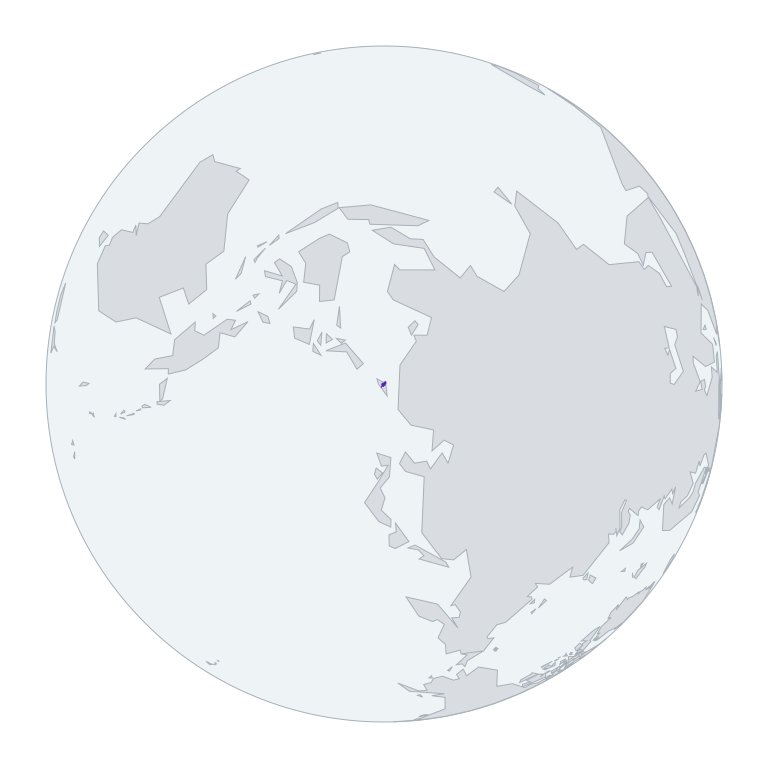 the Earth from above Chiayi, rotated 138°
{"feature_id": "TWN-1170", "entity_name": "Chiayi", "entity_type": "County", "adm_level": 1, "iso_a3": "TWN", "parent_name": "Taiwan", "parent_adm1": "", "projection": "orthographic", "projection_center": [120.419, 23.433], "detail": "fine", "context": "on_globe", "style": "filled", "palette": "violet", "viewbox_px": 768, "rotation_deg": 138, "n_neighbors": 0, "source": "natural_earth", "source_scale": "10m", "svg_char_len": 11937}
<svg xmlns="http://www.w3.org/2000/svg" viewBox="0 0 768 768"><g transform="rotate(138 384 384)"><circle cx="384" cy="384" r="338" fill="#eef3f6" stroke="#a8b0b8"/><path d="M664.0,535.2L663.6,537.1L663.3,537.6L664.0,535.2ZM603.0,126.7L588.4,115.2L589.0,115.4L582.0,110.3L580.8,110.3L581.7,111.6L556.0,101.7L548.3,110.3L557.1,120.4L546.3,113.3L570.7,138.5L573.8,152.4L563.4,132.5L557.0,127.5L555.6,134.1L548.7,130.6L544.1,132.1L536.0,127.6L530.5,117.4L525.2,114.6L524.5,119.6L516.0,119.1L517.8,111.9L503.1,110.4L491.2,95.5L502.5,83.8L489.1,75.4L482.5,64.1L476.2,62.9L469.8,59.2L460.1,56.7L461.7,56.3L452.6,54.9L453.1,55.9L449.3,55.8L443.6,54.8L444.6,53.6L447.6,54.0L444.9,53.2L447.8,53.3L443.2,52.7L445.0,52.1L434.8,51.3L429.3,49.8L432.8,49.8L443.3,51.6L465.8,56.1L490.7,63.4L515.0,72.5L538.5,83.5L561.1,96.2L582.6,110.6L603.0,126.7ZM701.9,297.0L699.1,290.4L701.2,292.0L701.9,297.0ZM697.1,288.2L698.1,290.0L697.2,288.8L697.1,288.2ZM696.2,288.5L696.8,288.3L696.4,289.3L696.2,288.5ZM695.3,289.9L695.7,288.8L695.8,289.3L695.3,289.9ZM692.9,289.8L692.2,289.6L692.3,287.9L692.9,289.8ZM583.2,113.1L581.5,110.8L585.1,112.6L587.4,114.7L583.2,113.1ZM575.3,111.3L572.5,108.7L580.6,113.1L579.7,113.2L575.3,111.3ZM565.0,129.0L564.9,125.5L567.4,130.3L565.0,129.0ZM544.9,133.2L547.1,135.5L543.8,135.4L544.9,133.2ZM528.3,128.6L522.3,128.2L527.5,126.8L528.3,128.6ZM452.2,53.0L445.5,51.8L440.9,50.9L452.2,53.0ZM518.1,126.9L503.6,127.0L507.2,131.8L488.6,119.0L507.2,122.6L513.0,119.8L513.3,123.8L518.1,126.9ZM455.7,56.7L454.9,55.6L460.8,57.7L455.7,56.7ZM460.3,58.2L483.7,66.4L481.9,68.2L474.5,64.7L476.4,68.5L464.1,65.2L460.2,62.4L463.8,61.7L456.4,61.2L460.3,58.2ZM480.6,112.4L476.3,111.3L479.8,110.6L480.6,112.4ZM448.2,56.0L453.1,57.2L451.9,58.7L441.9,56.6L445.5,56.7L448.2,56.0ZM483.0,71.4L480.3,72.6L469.6,70.1L467.1,70.3L463.6,65.3L483.0,71.4ZM442.9,55.9L436.9,55.6L432.3,54.1L443.3,55.0L442.9,55.9ZM455.8,60.1L454.8,60.9L452.1,59.7L455.8,60.1ZM412.6,49.8L418.5,50.5L418.4,51.3L412.6,49.8ZM435.0,55.7L436.6,56.2L437.2,56.8L432.4,56.4L435.0,55.7ZM456.3,64.2L452.4,63.2L457.2,66.1L449.4,64.9L448.4,62.0L445.5,62.7L443.1,62.4L445.1,60.5L456.3,64.2ZM429.4,57.9L425.5,54.6L414.6,52.7L414.4,51.8L431.9,55.2L429.4,57.9ZM438.4,59.5L432.8,58.2L435.4,57.5L440.9,57.9L438.4,59.5ZM444.4,65.3L456.6,67.9L456.4,68.5L444.4,65.3ZM425.7,57.4L426.7,58.3L424.6,57.3L425.7,57.4ZM438.1,62.9L442.4,63.6L442.1,64.2L438.1,62.9ZM425.1,59.6L423.9,58.4L427.5,58.5L425.1,59.6ZM430.6,61.2L429.1,62.0L429.6,59.3L432.6,61.4L430.6,61.2ZM437.0,63.4L438.2,64.0L435.2,63.0L437.0,63.4ZM411.8,60.4L411.6,57.0L419.8,57.0L418.9,60.2L411.8,60.4ZM108.9,187.8L97.8,204.9L103.5,198.4L94.1,221.9L94.7,231.2L114.3,209.7L113.2,193.7L123.8,179.2L133.3,181.8L135.8,197.8L140.0,192.9L147.5,174.1L157.3,170.1L151.2,167.3L146.8,174.1L142.8,173.0L146.6,166.9L149.9,165.3L151.8,159.3L135.5,169.5L129.3,177.5L128.5,169.7L118.1,182.8L114.6,185.0L130.8,164.1L136.3,158.7L158.8,134.1L153.0,138.7L131.4,162.8L134.0,158.9L125.9,167.0L134.1,157.9L159.3,131.9L161.9,129.3L197.6,102.2L194.7,104.2L201.2,101.1L198.1,104.4L213.7,96.5L214.3,97.5L204.9,101.6L196.8,106.8L190.9,117.2L193.6,117.2L204.2,111.6L201.2,115.9L212.2,109.2L215.2,113.9L220.8,103.2L233.4,97.9L242.3,97.8L247.5,94.5L233.0,95.0L226.3,97.1L218.9,101.8L201.6,107.8L200.8,106.0L222.8,93.5L224.1,90.1L240.6,83.2L269.6,84.0L275.1,88.8L256.7,107.2L247.9,108.3L250.1,102.0L236.1,112.5L242.9,109.3L240.5,113.3L251.9,110.6L250.7,113.4L263.7,106.5L263.5,109.6L255.3,113.9L272.1,114.0L275.2,120.5L279.5,119.3L283.3,116.2L284.8,127.3L287.9,126.0L288.7,121.7L295.4,116.6L308.0,112.4L307.8,116.4L303.2,118.5L293.4,129.6L281.4,135.4L282.6,136.7L293.0,132.7L305.0,119.0L312.5,115.4L308.1,121.8L310.3,119.1L314.0,118.7L317.5,122.3L323.0,115.5L364.1,108.6L375.0,116.0L366.4,121.7L394.9,124.4L405.0,134.6L405.6,130.4L419.7,130.2L416.8,126.9L418.2,125.0L453.1,125.5L461.1,129.6L476.9,127.1L477.2,125.2L472.2,121.9L488.6,119.0L507.2,131.8L505.5,135.3L518.4,141.8L512.6,149.3L513.7,159.2L499.9,165.1L502.1,173.3L506.9,175.0L513.4,188.2L510.1,211.1L491.5,184.6L492.3,153.4L490.2,164.9L484.3,160.3L479.7,163.5L478.7,172.4L482.5,174.5L448.5,182.3L433.5,205.9L449.9,206.7L458.0,215.7L455.4,248.2L416.2,288.2L426.5,304.6L425.7,314.5L413.5,319.1L414.3,304.7L403.9,298.1L406.3,289.8L386.9,293.9L389.4,282.3L373.1,292.1L376.9,302.1L393.1,302.1L377.9,316.7L391.5,335.4L390.6,355.7L359.4,387.4L331.3,394.2L329.1,400.3L319.3,391.4L304.2,401.6L320.8,440.3L319.6,450.4L296.1,465.8L295.9,458.2L269.8,434.7L263.4,457.9L283.1,481.7L289.8,506.0L274.0,496.0L267.3,474.3L258.2,465.3L261.8,444.9L256.4,411.8L240.5,414.2L242.8,401.7L232.9,372.4L210.7,374.7L174.7,397.9L167.8,428.7L156.3,438.6L146.9,386.9L150.9,355.2L142.3,354.3L136.9,322.1L112.7,304.3L113.9,295.1L108.3,295.2L105.3,281.9L108.9,267.4L104.9,264.2L96.6,302.5L101.4,306.4L111.8,298.8L108.1,311.2L111.6,327.3L91.1,346.1L62.8,345.8L67.8,321.8L86.6,246.9L90.4,241.3L90.8,240.5L91.5,239.1L85.2,247.4L91.1,233.7L72.7,281.8L66.2,300.7L62.3,346.8L60.7,349.0L61.8,360.2L74.8,365.8L73.2,373.3L62.3,401.1L51.2,429.7L57.1,465.0L63.9,491.7L64.6,494.3L57.4,470.6L51.9,446.5L48.2,422.0L46.3,397.4L46.3,372.6L48.0,348.0L51.5,323.5L56.9,299.3L63.9,275.6L72.7,252.5L83.2,230.1L95.2,208.5L108.9,187.8ZM130.5,229.2L137.2,239.2L147.9,220.0L151.4,222.6L153.8,215.5L148.7,218.6L156.6,200.3L164.4,200.2L170.7,193.1L168.7,189.5L153.1,193.1L141.6,218.7L134.2,222.8L130.5,229.2ZM231.7,82.3L225.6,85.5L223.1,86.9L231.7,82.3ZM216.2,90.7L218.1,89.8L238.8,79.3L237.2,80.7L234.6,81.5L231.4,83.5L226.4,85.5L204.6,98.1L199.1,101.4L203.4,98.4L216.2,90.7ZM294.5,58.5L303.5,56.3L288.4,61.9L281.8,63.4L285.2,61.2L295.1,58.2L294.5,58.5ZM418.9,48.0L423.3,48.5L423.1,48.5L419.1,48.2L418.9,48.0ZM417.5,47.7L413.5,47.5L414.0,47.6L422.0,49.3L439.1,52.5L436.5,53.5L430.2,53.3L425.7,52.6L428.8,52.1L420.5,51.7L421.6,50.4L415.4,50.0L399.4,46.8L403.7,46.9L389.3,46.1L390.2,46.1L417.5,47.7ZM369.5,46.4L371.2,46.3L366.4,47.2L373.9,46.7L373.9,47.2L368.0,47.4L377.1,47.5L375.4,48.1L382.5,50.2L396.6,51.1L399.6,52.3L393.2,52.3L400.6,53.6L390.6,54.7L392.5,55.7L384.6,58.3L371.3,58.4L374.4,59.7L368.5,62.3L357.2,63.2L362.7,60.7L346.4,63.7L347.3,60.8L345.4,61.4L341.7,59.8L334.0,59.1L336.0,57.8L332.1,58.2L329.6,57.5L325.0,57.7L326.9,55.8L321.4,56.1L325.5,55.1L315.4,56.3L323.8,54.6L321.4,54.2L314.5,56.0L336.5,49.4L369.5,46.4ZM409.3,61.0L393.1,60.7L385.7,59.3L402.6,55.5L402.3,54.4L412.9,53.0L423.4,55.3L419.4,55.4L418.0,56.1L415.3,55.1L416.4,56.5L410.9,56.9L410.3,58.2L405.2,57.6L409.3,61.0ZM131.0,160.2L129.0,162.6L127.5,165.0L122.4,170.6L131.0,160.2ZM147.7,142.5L147.0,143.2L139.5,150.7L147.7,142.5ZM153.4,137.2L147.6,142.6L151.9,138.4L153.4,137.2ZM204.9,102.4L204.9,103.4L202.2,105.0L199.1,106.3L204.9,102.4ZM309.0,75.1L313.3,73.0L314.9,73.3L327.0,70.7L327.2,73.2L320.0,75.7L309.0,75.1ZM110.2,211.1L106.0,213.0L107.7,209.2L108.8,209.3L110.2,211.1ZM111.5,190.3L108.0,198.0L110.1,191.7L111.5,190.3ZM311.2,77.3L316.2,75.9L313.3,78.1L311.2,77.3ZM328.0,75.0L325.7,77.4L328.6,73.3L328.0,75.0ZM209.2,672.0L216.3,676.2L212.8,674.5L209.2,672.0ZM77.7,509.9L90.5,549.7L86.3,543.7L78.6,528.1L69.2,501.9L71.8,500.8L71.1,491.0L77.7,509.9ZM375.6,568.0L386.1,570.0L385.7,571.4L375.6,568.0ZM364.6,562.3L376.5,563.7L362.6,565.1L364.6,562.3ZM381.1,564.3L393.3,562.5L398.5,560.6L397.6,563.4L381.1,564.3ZM356.5,561.6L313.6,556.1L296.9,549.8L300.6,545.3L327.7,550.5L356.5,561.6ZM299.3,545.0L274.0,526.0L241.2,475.5L252.9,478.9L287.6,512.2L285.3,516.4L300.6,530.6L299.3,545.0ZM361.3,526.1L358.9,539.4L335.0,535.5L324.3,532.0L316.8,513.4L321.0,505.1L329.7,506.6L364.8,479.8L376.7,488.5L365.7,500.5L375.6,513.4L361.3,526.1ZM168.8,432.1L173.7,453.1L167.6,454.0L168.8,432.1ZM379.8,459.3L365.1,471.6L378.8,454.6L379.8,459.3ZM388.4,442.7L388.9,449.8L383.4,442.5L388.4,442.7ZM328.0,410.0L318.7,410.3L318.8,405.3L330.9,402.0L328.0,410.0ZM389.7,373.0L388.1,387.8L385.8,392.6L382.3,383.3L389.7,373.0ZM320.4,102.4L303.4,102.6L291.2,105.7L284.7,111.6L286.6,104.0L305.3,99.1L320.4,102.4ZM358.7,107.1L364.4,102.9L366.8,105.3L365.9,106.6L358.7,107.1ZM358.6,104.1L356.3,98.0L362.7,96.2L363.3,101.2L358.6,104.1ZM333.1,85.8L328.0,85.5L330.5,83.6L333.1,85.8ZM584.2,650.2L587.5,649.7L577.7,657.6L564.6,666.5L552.9,672.1L584.2,650.2ZM489.9,685.4L489.5,679.0L503.4,676.7L497.7,683.2L489.9,685.4ZM593.3,643.1L602.0,634.6L605.3,626.7L604.2,633.0L611.0,629.8L590.3,648.0L593.3,643.1ZM438.5,658.5L372.4,672.0L357.7,668.9L361.0,662.6L346.6,640.2L351.4,641.1L347.7,625.9L386.4,615.0L414.1,589.9L436.2,592.2L452.6,572.8L475.6,574.1L468.9,589.6L493.0,598.8L508.9,563.8L523.9,599.0L541.7,609.4L547.0,629.3L516.5,665.2L498.6,673.2L495.1,670.9L487.7,674.6L476.0,674.3L469.2,664.7L462.0,668.2L468.8,660.1L458.4,667.5L452.2,661.0L438.5,658.5ZM602.9,581.9L606.3,582.0L611.8,586.3L606.3,586.8L602.9,581.9ZM655.2,546.0L656.7,548.0L653.2,550.3L655.2,546.0ZM663.3,537.6L659.1,540.7L664.0,535.2L663.3,537.6ZM620.9,557.4L622.6,559.1L621.2,560.2L620.9,557.4ZM619.5,557.0L621.6,553.0L621.3,556.6L619.5,557.0ZM603.0,541.4L605.0,539.1L606.0,540.4L603.0,541.4ZM401.6,571.2L416.2,561.8L424.3,561.3L401.6,571.2ZM599.9,537.9L594.7,538.6L595.2,536.5L599.9,537.9ZM600.2,533.2L599.6,530.5L603.0,536.5L600.2,533.2ZM590.1,528.6L596.6,532.6L589.3,529.4L590.1,528.6ZM586.3,529.9L581.6,528.4L581.9,527.5L586.3,529.9ZM534.0,539.7L551.4,555.0L537.6,555.9L522.0,546.5L510.0,557.0L482.8,556.3L489.0,550.1L485.2,540.7L457.3,537.1L451.7,530.7L461.5,526.7L443.3,521.4L463.3,518.8L471.5,531.8L482.9,521.7L502.7,523.7L522.0,527.2L537.7,535.7L534.0,539.7ZM463.5,547.0L467.0,547.0L464.0,550.8L463.5,547.0ZM572.7,522.6L579.4,527.9L578.7,529.5L575.4,529.0L572.7,522.6ZM541.3,533.2L558.2,521.3L562.2,521.1L551.0,534.0L541.3,533.2ZM554.0,514.8L561.9,515.5L566.1,521.0L564.5,522.8L554.0,514.8ZM422.7,534.2L421.9,537.7L416.7,534.7L422.7,534.2ZM429.3,532.4L445.0,536.7L427.9,535.4L429.3,532.4ZM382.6,517.1L387.0,526.0L401.2,521.5L390.4,528.6L400.2,543.1L397.0,548.1L387.3,532.4L384.1,547.6L377.8,546.8L374.3,533.3L380.5,517.5L386.8,511.3L412.4,510.2L382.6,517.1ZM429.2,522.0L425.1,511.9L428.2,505.4L432.6,510.8L429.2,522.0ZM413.2,487.1L402.6,474.7L392.8,478.5L413.0,463.4L419.7,477.8L413.2,487.1ZM404.7,460.6L395.4,464.1L405.1,455.1L404.7,460.6ZM393.2,459.9L392.4,451.6L399.6,453.2L393.2,459.9ZM409.4,461.3L411.6,447.4L415.0,455.9L409.4,461.3ZM390.2,432.8L405.0,447.6L385.2,440.2L385.7,413.0L394.2,413.1L390.2,432.8ZM446.0,326.8L444.6,319.0L452.7,317.8L451.4,323.4L446.0,326.8ZM477.8,308.9L454.4,315.0L435.4,320.8L440.8,324.7L435.6,337.5L428.1,324.7L442.2,311.3L456.4,309.3L459.5,298.7L470.5,292.0L469.5,278.6L474.7,273.2L479.9,285.1L477.8,308.9ZM468.5,273.0L470.9,250.2L485.7,254.2L488.5,260.1L481.2,268.6L473.8,265.9L468.5,273.0ZM475.8,246.1L468.7,243.5L457.2,210.2L458.5,204.5L475.0,230.5L469.2,229.7L469.4,237.6L475.8,246.1ZM477.1,113.5L476.4,111.5L479.7,113.5L477.1,113.5ZM416.2,123.2L418.7,120.9L422.4,122.8L416.2,123.2ZM427.5,115.9L421.5,115.3L427.9,114.3L427.5,115.9ZM408.1,114.4L419.2,114.2L408.5,116.9L408.1,114.4Z" fill="#d9dde1" stroke="#a8b0b8" stroke-width="1"/><path d="M382.4,384.7L382.5,384.6L382.4,384.6L382.4,384.4L382.5,384.4L382.5,384.2L382.5,383.9L382.4,383.9L382.5,383.8L382.6,383.7L382.4,383.7L382.6,383.5L382.8,383.6L383.0,383.5L383.1,383.4L383.4,383.2L383.5,383.1L383.9,382.9L384.0,382.8L384.3,382.8L384.5,382.9L384.6,383.0L384.9,383.1L385.0,383.1L385.3,383.2L385.6,383.1L385.7,382.9L385.9,382.9L386.0,383.0L386.1,383.3L386.2,383.5L386.4,383.7L386.9,383.7L386.6,383.9L386.4,384.1L386.2,384.3L385.9,384.5L385.6,384.8L385.4,384.8L385.2,384.9L385.2,385.0L385.3,385.2L385.1,385.2L384.9,385.2L384.7,385.2L384.6,384.8L384.6,384.6L384.4,384.4L384.3,384.2L384.1,384.1L383.9,384.1L383.6,384.2L383.5,384.3L383.3,384.3L383.2,384.4L383.1,384.5L382.9,384.7L382.8,384.8L382.7,384.7L382.4,384.7ZM384.2,383.9L384.3,383.9L384.5,383.8L384.4,383.7L384.2,383.5L383.8,383.5L383.9,383.8L384.0,383.9L384.2,383.9ZM381.8,383.9L382.1,383.6L382.4,383.3L382.2,383.6L382.1,383.8L381.9,383.9L381.8,384.0L381.8,383.9Z" fill="#8b5cf6" stroke="#5b21b6" stroke-width="1.5"/></g></svg>